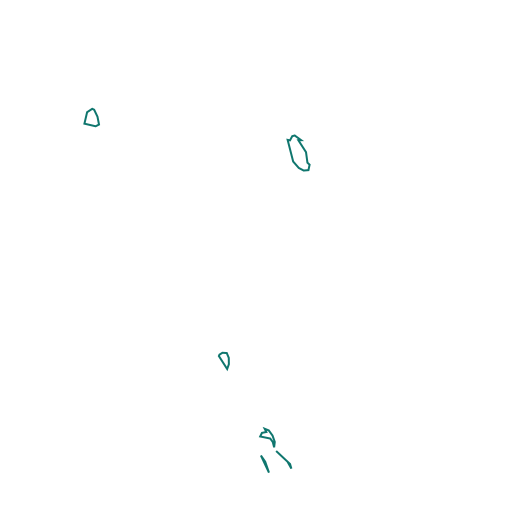 an SVG outline of Dependencias Federales, rotated 243°
{"feature_id": "VEN-44", "entity_name": "Dependencias Federales", "entity_type": "Federal Dependency", "adm_level": 1, "iso_a3": "VEN", "parent_name": "Venezuela", "parent_adm1": "", "projection": "orthographic", "projection_center": [-66.343, 11.477], "detail": "coarse", "context": "isolated", "style": "outline", "palette": "teal", "viewbox_px": 512, "rotation_deg": 243, "n_neighbors": 0, "source": "natural_earth", "source_scale": "10m", "svg_char_len": 751}
<svg xmlns="http://www.w3.org/2000/svg" viewBox="0 0 512 512"><g transform="rotate(243 256 256)"><path d="M323.3,332.0L345.1,336.9L343.6,338.8L346.3,342.7L345.8,345.2L338.7,348.8L339.9,346.3L325.8,347.7L315.8,344.2L313.0,345.2L308.7,341.7L310.5,337.3L315.0,334.1L323.3,332.0ZM451.8,163.2L460.8,170.8L461.5,176.9L459.8,178.2L452.1,178.0L444.4,175.8L444.4,172.0L451.8,163.2ZM168.4,179.0L183.7,177.5L184.7,178.7L185.0,182.2L182.8,185.9L177.6,185.5L171.9,182.7L168.4,179.0ZM94.5,185.3L98.1,185.3L94.8,188.2L88.5,189.2L81.8,188.3L77.3,185.3L82.7,186.5L86.9,185.8L93.3,177.8L95.7,181.0L94.5,185.3ZM57.1,169.2L76.0,169.8L68.5,170.8L57.1,169.2ZM58.5,190.7L73.1,185.4L55.2,191.9L50.5,191.0L58.5,190.7Z" fill="none" stroke="#0f766e" stroke-width="2"/></g></svg>